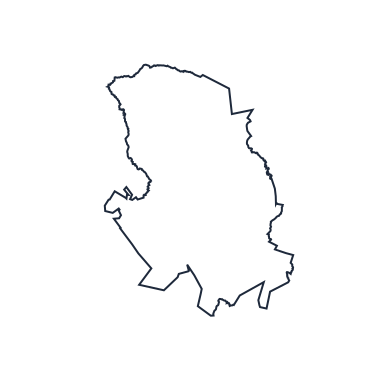 outline of Tepehuanes, Durango, Mexico, rotated 54°
{"feature_id": "50627088B84859418801228", "entity_name": "Tepehuanes", "entity_type": "district", "adm_level": 2, "iso_a3": "MEX", "parent_name": "Mexico", "parent_adm1": "Durango", "projection": "mercator", "projection_center": [-106.004, 25.424], "detail": "fine", "context": "isolated", "style": "outline", "palette": "slate", "viewbox_px": 384, "rotation_deg": 54, "n_neighbors": 0, "source": "geoboundaries", "source_scale": "gbopen_adm2", "svg_char_len": 6015}
<svg xmlns="http://www.w3.org/2000/svg" viewBox="0 0 384 384"><g transform="rotate(54 192 192)"><path d="M62.1,159.2L62.3,160.5L62.1,161.5L62.9,163.3L63.7,165.9L63.2,167.5L63.7,168.5L63.3,169.7L63.5,170.2L64.3,170.7L63.8,171.4L63.8,172.7L63.1,174.2L62.4,174.7L60.6,175.3L60.4,176.2L59.9,176.7L59.8,177.5L58.7,178.2L58.3,179.0L58.4,180.5L57.1,181.4L56.8,183.3L56.2,183.9L55.6,185.3L54.2,186.4L53.9,187.2L56.4,189.4L56.2,190.2L55.9,190.7L56.7,191.3L56.8,191.8L56.6,193.6L56.4,194.2L57.0,194.5L57.2,195.3L56.1,196.4L57.3,197.6L57.2,198.4L58.3,197.6L58.8,197.7L59.6,198.6L60.5,198.3L61.2,198.7L62.2,198.9L62.9,198.8L63.3,198.5L63.8,198.4L65.3,199.4L65.8,199.3L66.7,198.6L67.1,198.7L68.5,197.9L69.0,198.5L69.9,198.5L70.5,197.7L71.8,198.1L73.3,197.6L74.2,198.0L75.3,197.6L77.3,198.5L78.2,198.2L79.1,198.3L79.3,199.0L79.3,199.7L79.5,200.2L80.7,201.1L81.8,201.3L82.5,202.0L83.5,201.1L83.7,200.6L84.4,200.5L84.6,200.1L84.5,199.1L85.1,198.8L85.7,198.8L86.0,199.1L86.2,199.7L87.2,200.1L87.7,200.9L88.3,200.3L89.7,200.2L90.0,200.5L89.6,201.2L89.6,201.9L90.3,201.6L90.7,201.6L92.4,203.3L92.9,203.1L93.9,203.5L95.4,204.6L95.8,204.7L96.6,204.3L97.4,204.8L98.6,205.1L99.9,205.9L101.8,206.0L102.9,206.7L103.5,206.4L104.0,207.1L105.4,207.4L106.0,208.4L107.9,209.2L108.8,210.2L109.8,214.5L112.2,215.6L113.7,215.8L115.4,216.5L116.5,216.3L117.7,216.5L118.6,217.0L120.6,220.0L121.4,220.8L123.4,221.6L125.1,222.8L127.1,223.2L128.0,223.1L128.4,221.7L129.5,221.4L130.8,221.7L131.2,222.7L131.9,222.8L132.9,222.2L133.7,223.1L134.5,223.5L134.8,223.3L134.8,223.1L135.5,222.1L136.1,221.6L136.7,222.3L137.4,222.4L137.9,221.7L138.9,221.6L139.7,222.0L141.5,222.5L142.2,222.1L142.5,221.2L142.3,220.4L143.8,219.1L144.8,219.5L145.6,219.0L147.5,218.9L148.4,218.4L150.4,218.4L152.9,219.1L153.3,218.7L154.0,218.7L156.6,219.0L157.9,218.5L158.9,218.6L158.9,219.1L159.4,219.6L159.3,220.3L158.9,220.7L159.2,222.1L159.9,222.5L160.4,222.2L161.3,222.4L161.1,223.1L161.7,224.8L162.6,224.5L163.5,224.9L163.6,225.7L163.8,225.9L163.6,226.4L163.8,226.6L165.4,226.1L165.5,227.2L165.8,227.5L165.7,228.3L166.1,229.1L166.2,230.5L166.8,231.1L167.2,231.2L167.0,231.8L166.1,232.4L166.2,233.1L168.1,234.5L166.1,240.4L163.3,240.4L163.3,245.0L161.4,246.3L159.0,242.1L149.4,242.2L150.2,245.5L157.0,245.1L156.0,246.2L158.8,248.9L157.7,249.1L146.0,254.1L149.7,263.0L149.2,264.0L151.8,270.6L156.4,273.4L162.3,268.4L162.3,261.0L163.7,261.0L163.9,262.2L169.0,263.1L170.4,266.4L167.7,270.9L179.0,270.8L179.0,271.5L199.1,271.2L210.1,271.5L229.9,269.8L236.0,289.3L255.0,272.5L252.5,253.7L250.5,250.8L254.0,241.6L253.9,240.9L247.9,238.6L260.7,239.1L276.1,241.1L279.5,244.8L287.8,254.4L303.1,249.5L304.6,247.2L303.1,246.4L302.2,245.2L301.2,243.6L301.2,242.6L300.9,241.5L299.1,239.6L298.8,238.9L298.9,237.5L298.7,236.9L298.0,236.2L296.9,234.8L295.8,234.8L295.3,234.5L294.7,232.6L295.5,231.6L296.2,231.3L296.3,230.9L296.5,230.6L297.4,230.4L298.8,229.7L299.4,228.9L300.8,228.9L301.5,228.1L301.9,228.1L302.4,229.0L302.7,228.2L303.1,227.9L303.2,228.2L303.8,227.5L304.4,227.8L304.7,227.6L305.4,227.7L305.9,228.4L306.4,228.5L306.6,227.3L307.4,226.1L307.4,224.9L308.0,224.6L303.8,214.2L307.1,186.9L318.5,201.9L323.2,204.0L325.1,204.6L330.1,200.2L318.5,187.4L321.6,167.2L321.2,166.5L320.8,165.4L319.1,165.2L318.3,164.7L317.6,165.0L316.8,164.7L316.3,164.3L315.8,164.4L314.9,163.5L313.9,163.3L313.3,162.7L312.7,162.6L312.6,162.3L313.1,161.7L315.2,160.6L316.3,160.3L315.6,159.4L315.1,159.1L315.1,158.3L314.3,157.5L314.3,156.5L313.6,155.6L312.9,155.6L312.9,155.1L312.5,154.6L311.8,154.4L310.9,154.5L309.6,153.5L307.3,153.8L302.5,147.2L296.7,151.9L287.2,158.7L285.4,154.9L277.5,158.9L277.0,156.1L276.9,155.9L276.3,155.9L275.7,156.6L274.8,156.8L273.1,155.8L272.7,155.8L271.6,154.8L270.4,155.6L269.7,151.6L269.4,151.1L268.3,150.3L267.3,150.2L266.6,148.5L265.0,148.1L263.5,146.7L263.3,146.2L262.4,145.7L262.2,143.5L262.4,142.2L262.3,139.9L261.8,138.0L262.0,136.6L262.4,135.5L261.7,134.2L261.9,133.6L261.8,132.6L261.1,132.2L260.3,130.6L257.8,128.7L257.2,128.4L256.8,127.2L256.1,126.7L255.8,126.2L251.9,129.9L250.5,130.1L251.0,131.1L244.6,126.7L238.0,123.0L228.2,119.9L227.7,120.3L227.5,120.8L227.0,120.9L226.8,120.7L226.7,119.9L226.1,120.1L225.8,120.0L226.1,118.9L226.0,118.5L225.7,118.2L225.5,118.5L224.4,118.1L224.0,118.2L223.2,119.2L222.1,119.0L221.8,119.3L221.8,119.5L222.3,120.0L223.1,119.6L223.3,119.9L222.2,120.8L221.3,120.6L220.0,119.9L219.7,119.1L220.0,118.5L219.1,118.2L218.3,117.2L218.5,116.5L218.3,116.2L217.7,116.0L217.4,116.1L217.4,116.5L217.7,117.0L217.0,117.4L216.7,118.0L216.5,117.7L216.0,117.7L215.1,116.8L214.6,116.6L214.6,117.2L214.4,117.5L214.7,117.7L214.3,118.0L213.9,117.7L213.5,116.8L212.4,116.6L212.1,115.7L211.6,115.5L211.3,115.1L211.4,114.6L211.0,114.5L210.5,114.6L210.5,115.0L210.1,115.1L210.0,114.5L209.3,114.4L208.4,115.4L207.4,115.2L206.8,114.7L206.3,114.9L205.6,115.7L204.0,116.1L201.7,116.2L201.0,116.6L200.1,116.4L199.7,116.6L199.2,116.2L198.4,116.3L198.1,116.7L198.2,117.1L198.0,117.6L196.5,118.2L195.9,119.0L195.5,119.3L195.6,119.7L195.1,120.3L193.9,119.8L193.2,119.9L193.1,119.6L193.2,119.4L192.7,118.5L192.2,118.1L191.4,118.5L190.4,119.9L190.0,120.1L188.7,120.0L187.5,119.3L185.5,119.3L184.5,118.7L183.1,117.4L182.3,116.1L181.4,112.3L181.5,111.3L175.2,111.3L173.9,110.7L170.9,109.1L169.9,108.3L169.5,107.6L168.9,106.0L169.3,103.1L168.2,102.8L167.6,102.8L164.7,103.6L161.1,94.7L152.4,113.9L130.1,101.2L103.7,114.5L103.8,117.6L98.9,120.7L96.0,121.7L95.6,121.7L95.2,122.4L93.8,122.8L93.2,124.0L92.1,124.8L91.2,125.9L90.3,126.0L89.6,126.7L89.5,127.0L89.8,128.0L89.0,128.1L88.9,129.0L88.3,129.3L87.8,130.5L87.0,130.9L85.9,131.1L85.3,131.8L84.2,132.0L83.7,132.4L81.3,132.8L80.8,134.5L80.4,135.0L79.5,135.4L78.9,136.1L78.3,136.1L76.2,137.4L75.5,137.5L75.4,138.5L72.8,140.7L72.3,141.5L70.4,143.8L70.3,144.5L69.3,145.0L68.9,146.5L68.7,146.5L68.5,146.8L68.6,147.4L67.3,148.2L67.5,148.8L67.1,150.4L67.3,151.4L66.9,152.6L66.6,152.9L66.0,152.5L65.1,152.5L64.3,152.8L61.9,154.5L61.5,155.2L61.0,156.4L61.3,157.6L62.1,159.2Z" fill="none" stroke="#1e293b" stroke-width="2"/></g></svg>